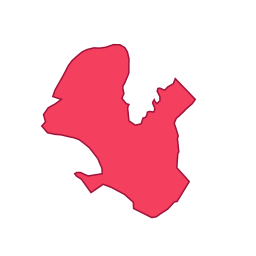 the district of Abua/Odual, Rivers, Nigeria, rotated 51°
{"feature_id": "59680162B70529740290920", "entity_name": "Abua/Odual", "entity_type": "district", "adm_level": 2, "iso_a3": "NGA", "parent_name": "Nigeria", "parent_adm1": "Rivers", "projection": "albers", "projection_center": [6.549, 4.841], "detail": "fine", "context": "isolated", "style": "filled", "palette": "rose", "viewbox_px": 256, "rotation_deg": 51, "n_neighbors": 0, "source": "geoboundaries", "source_scale": "gbopen_adm2", "svg_char_len": 1622}
<svg xmlns="http://www.w3.org/2000/svg" viewBox="0 0 256 256"><g transform="rotate(51 128 128)"><path d="M130.0,198.2L133.0,198.3L138.6,196.4L154.9,197.4L156.1,182.7L163.7,178.3L177.3,172.5L189.0,170.6L194.1,174.3L212.6,165.9L214.8,161.8L215.1,156.8L215.8,150.2L216.0,148.1L215.7,145.7L214.6,138.5L216.0,136.1L208.2,114.2L203.7,114.3L189.6,115.1L179.2,105.4L178.5,103.5L167.2,96.2L165.8,94.0L159.8,91.5L153.4,89.1L150.7,84.1L150.8,82.0L150.8,80.2L150.6,79.1L150.3,74.6L149.8,71.1L149.5,62.7L148.1,57.7L119.4,60.2L122.1,64.9L121.1,71.3L121.7,75.5L120.5,76.4L117.0,78.2L116.1,79.9L117.8,82.2L123.6,83.4L126.9,86.0L127.2,90.2L124.5,90.4L122.5,89.8L123.7,92.9L126.0,93.8L128.7,94.4L130.5,95.6L131.8,98.0L128.7,100.8L127.9,103.0L129.8,105.3L130.8,107.6L129.7,110.1L131.5,112.8L133.0,115.3L130.3,120.6L124.6,122.3L123.1,122.8L112.1,115.6L111.0,114.0L110.3,112.5L108.0,114.0L105.3,114.1L101.2,114.0L100.0,112.1L98.8,109.6L94.0,107.1L92.1,105.5L91.3,102.9L89.5,99.6L87.4,95.5L85.6,92.5L80.2,88.2L74.7,83.6L68.5,80.6L63.5,79.9L58.3,81.9L54.0,86.9L51.5,94.0L48.3,99.5L44.2,104.2L43.0,106.7L41.3,110.4L40.0,115.9L40.1,122.6L40.3,126.9L40.5,129.3L42.0,135.1L42.3,135.7L45.4,142.8L47.4,147.6L47.8,148.6L50.9,156.6L52.6,160.9L56.2,166.6L58.5,165.2L63.8,161.7L63.5,169.2L62.1,177.3L64.4,185.2L71.4,188.3L71.5,189.4L72.2,193.8L81.1,193.5L86.9,188.8L91.0,184.5L91.7,183.9L97.6,179.4L101.2,176.4L106.2,173.3L107.4,173.0L111.4,172.0L119.2,170.4L124.9,170.5L132.9,170.7L137.8,172.2L142.7,173.5L147.3,176.8L143.7,183.1L140.2,189.1L136.5,191.1L132.8,192.8L130.3,195.8L130.0,198.2Z" fill="#f43f5e" stroke="#9f1239" stroke-width="1.5"/></g></svg>